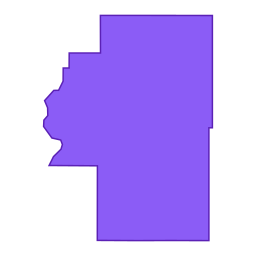 Cherokee, Oklahoma, United States of America
{"feature_id": "52423323B29041387960401", "entity_name": "Cherokee", "entity_type": "district", "adm_level": 2, "iso_a3": "USA", "parent_name": "United States of America", "parent_adm1": "Oklahoma", "projection": "mercator", "projection_center": [-95.13, 35.9], "detail": "fine", "context": "isolated", "style": "filled", "palette": "violet", "viewbox_px": 256, "rotation_deg": 0, "n_neighbors": 0, "source": "geoboundaries", "source_scale": "gbopen_adm2", "svg_char_len": 493}
<svg xmlns="http://www.w3.org/2000/svg" viewBox="0 0 256 256"><path d="M49.1,165.5L97.4,165.8L97.4,171.9L97.4,173.0L97.3,240.4L137.3,240.6L170.6,240.5L208.9,240.6L208.9,127.8L212.4,127.8L212.4,95.5L212.4,15.5L137.8,15.4L100.4,15.4L100.5,53.0L95.0,53.0L69.2,53.0L69.1,68.0L63.2,68.0L63.1,81.2L58.6,90.3L53.8,90.4L44.6,100.6L47.6,107.8L47.8,115.6L43.9,120.1L43.6,126.5L51.9,138.0L60.7,140.0L62.4,144.5L61.0,149.2L53.5,156.6L49.1,165.5Z" fill="#8b5cf6" stroke="#5b21b6" stroke-width="1.5"/></svg>